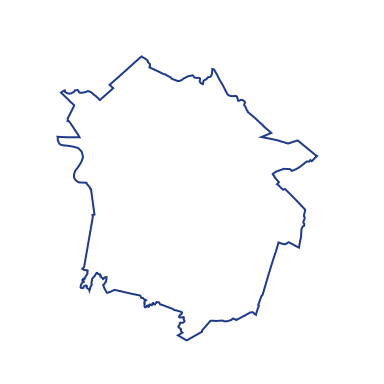 Gaiseni, Giurgiu, Romania (Robinson projection), rotated 167°
{"feature_id": "2599482B30657181659472", "entity_name": "Gaiseni", "entity_type": "district", "adm_level": 2, "iso_a3": "ROU", "parent_name": "Romania", "parent_adm1": "Giurgiu", "projection": "robinson", "projection_center": [25.635, 44.506], "detail": "fine", "context": "isolated", "style": "outline", "palette": "blue", "viewbox_px": 384, "rotation_deg": 167, "n_neighbors": 0, "source": "geoboundaries", "source_scale": "gbopen_adm2", "svg_char_len": 5985}
<svg xmlns="http://www.w3.org/2000/svg" viewBox="0 0 384 384"><g transform="rotate(167 192 192)"><path d="M248.2,315.0L245.4,310.9L261.1,302.3L261.3,302.4L261.9,303.6L263.8,306.7L265.7,308.9L267.8,311.8L268.6,312.6L270.7,313.7L270.9,313.8L272.5,313.4L274.4,313.3L276.8,313.5L278.4,313.8L279.2,314.1L279.6,314.5L279.8,315.3L280.0,316.4L280.4,317.0L282.2,317.3L283.4,317.3L284.0,316.3L284.9,316.0L287.7,315.3L288.9,315.3L291.0,316.1L293.1,317.9L293.3,318.4L292.9,319.4L293.2,319.7L294.8,319.3L297.3,318.3L291.5,309.5L290.4,307.4L288.6,305.1L288.0,304.0L287.5,303.4L287.3,303.0L287.4,302.6L296.3,291.9L296.5,291.4L297.3,289.2L296.7,289.1L296.2,288.9L295.3,287.2L294.0,283.9L291.6,277.3L290.1,273.5L289.3,270.6L301.7,273.5L310.5,276.0L310.4,275.5L311.0,273.6L311.0,272.3L310.7,269.9L310.4,268.8L309.6,268.0L308.9,267.4L307.1,266.5L301.8,264.7L296.9,262.6L293.9,260.9L293.1,260.3L292.1,259.1L290.9,257.0L290.4,255.6L290.3,251.3L290.7,249.8L292.9,246.5L294.4,244.8L297.7,241.6L300.1,239.7L301.2,238.5L302.2,237.1L303.0,235.5L303.3,234.5L303.6,233.0L303.4,231.5L303.1,230.5L301.9,228.7L301.3,227.9L300.6,227.3L299.9,226.8L292.8,224.7L292.8,223.9L290.6,219.6L290.2,217.4L289.8,217.4L292.1,192.0L294.2,192.0L294.2,190.1L314.0,143.2L316.2,141.7L314.9,140.5L314.1,140.1L312.6,139.6L311.4,139.0L311.3,138.7L311.8,138.3L312.3,135.7L313.5,134.7L314.3,133.9L314.7,133.3L315.7,132.7L315.9,131.9L316.0,131.6L316.5,131.4L316.8,131.6L316.8,131.8L317.5,131.9L318.5,131.2L318.7,130.5L318.0,130.3L317.7,129.9L317.5,129.0L317.6,128.7L319.0,128.4L319.8,127.9L320.8,126.9L322.0,124.5L322.0,124.0L321.1,123.1L320.5,123.0L319.8,123.0L319.4,123.1L319.3,123.6L318.3,124.5L317.0,124.9L316.2,124.7L315.7,124.3L315.6,123.8L316.2,122.5L314.7,120.7L314.2,120.2L314.1,119.1L313.8,119.7L313.2,120.2L313.0,121.1L312.1,122.6L310.5,124.4L310.6,125.5L308.8,129.8L307.9,130.8L306.9,131.2L306.0,131.9L305.4,132.4L304.8,133.1L303.2,134.6L302.7,134.5L302.9,134.1L302.2,133.8L301.7,133.1L301.0,132.6L300.3,132.5L299.8,132.0L299.8,131.2L300.3,130.8L300.4,130.3L299.3,129.2L298.7,128.3L298.2,127.1L297.6,127.4L297.0,128.0L296.4,128.3L295.6,128.5L294.4,128.3L294.9,126.6L295.7,125.0L295.9,124.0L297.0,123.4L297.6,122.6L298.4,121.9L299.5,121.4L299.4,120.5L299.2,119.7L299.0,117.6L298.7,116.8L298.0,114.2L297.7,113.3L297.4,112.8L296.6,112.8L295.2,113.1L294.1,113.1L289.4,114.1L287.5,113.1L285.5,112.1L283.9,111.5L281.5,110.2L281.1,110.0L273.5,106.3L266.4,103.1L265.8,102.7L265.5,102.1L265.4,100.6L265.1,100.1L264.1,99.9L263.5,99.6L262.7,98.0L261.7,97.5L261.3,97.2L261.1,96.9L262.6,96.4L263.5,94.6L263.5,94.2L263.1,94.1L263.2,93.6L263.6,92.9L263.9,92.0L264.0,91.2L263.8,90.3L263.3,90.1L262.6,90.3L261.6,90.8L261.5,91.2L261.0,91.3L260.8,90.9L260.7,90.3L260.2,89.9L259.8,89.9L259.6,90.1L259.9,91.0L259.2,91.4L258.9,91.8L258.3,91.9L257.1,90.9L256.6,90.7L256.2,90.9L255.9,91.3L255.7,92.3L255.1,92.6L254.8,92.5L254.3,91.3L253.5,90.7L253.3,90.8L253.1,91.3L252.1,92.0L251.6,92.6L251.2,92.8L250.8,92.7L250.0,92.0L248.9,91.8L248.3,89.6L246.8,88.9L237.4,82.6L236.8,82.2L236.0,81.0L233.8,80.1L229.4,77.6L229.0,77.2L228.9,76.8L229.2,76.1L229.5,75.7L231.8,74.5L232.3,74.0L232.7,73.4L232.6,72.9L232.3,72.6L229.6,72.0L228.6,72.1L228.2,71.8L228.2,71.2L228.8,69.9L228.8,69.4L228.2,68.5L228.4,67.8L229.2,67.1L229.9,66.8L230.7,66.7L231.6,66.9L232.3,67.2L232.9,67.3L233.4,67.1L233.8,65.5L234.5,64.8L235.1,64.6L235.6,63.7L235.6,63.3L233.8,61.2L233.6,60.5L234.0,59.7L234.0,58.9L233.4,57.5L233.0,57.1L237.9,55.5L230.6,48.6L213.7,53.6L213.5,54.4L212.8,55.2L203.1,62.3L201.4,62.1L198.8,61.3L196.9,60.8L191.9,60.0L190.8,59.7L190.0,58.9L188.2,58.4L185.9,58.1L183.5,58.5L183.0,58.3L182.1,58.6L181.2,59.3L180.4,59.5L178.4,57.9L177.9,58.0L177.5,57.3L163.2,61.2L162.7,61.5L160.4,61.4L159.1,60.4L158.8,59.4L157.3,58.0L156.8,59.2L152.4,66.3L152.9,66.9L147.8,75.0L146.8,75.5L146.0,76.5L135.3,95.6L127.8,108.4L123.8,114.9L119.0,123.4L115.9,121.3L112.9,120.1L109.2,121.3L108.3,120.7L103.5,116.4L100.3,113.7L97.7,119.9L96.0,123.3L93.6,131.4L92.0,133.4L91.3,133.7L90.4,133.8L89.7,135.7L90.2,136.6L90.4,137.5L90.3,137.8L88.2,140.8L88.0,142.1L88.2,143.2L88.4,143.4L87.7,145.1L85.8,148.8L85.7,149.3L91.3,158.8L97.1,168.4L99.8,172.6L100.6,174.0L102.5,173.7L102.9,173.8L106.7,179.9L106.9,180.2L107.3,180.5L105.1,182.0L108.3,187.9L108.1,188.4L108.1,188.6L109.4,191.1L109.4,191.3L106.8,192.5L105.7,192.9L97.4,193.9L91.5,192.3L91.2,192.0L89.9,190.1L89.2,190.2L85.1,190.9L81.8,192.0L79.5,193.0L73.6,195.8L72.7,195.8L71.3,195.3L70.7,195.5L69.7,196.1L69.5,196.4L68.7,195.4L68.4,195.1L65.7,196.7L64.5,197.6L63.3,198.3L62.6,198.5L62.0,199.0L63.2,200.0L77.3,218.3L78.6,218.4L87.5,217.6L97.4,223.3L104.0,226.4L112.0,229.9L101.5,231.7L103.5,234.6L107.2,239.5L107.1,239.8L107.6,240.2L107.7,240.8L109.2,242.9L109.8,243.7L114.1,250.1L119.7,257.5L119.6,258.5L120.2,259.3L120.5,261.6L120.8,262.6L121.0,263.7L121.6,264.8L121.5,265.1L121.3,265.7L120.4,267.0L120.2,267.4L120.5,268.4L121.3,269.6L122.4,270.4L123.4,270.8L125.0,270.4L125.8,270.3L126.4,270.5L126.6,271.0L126.5,272.9L126.9,274.0L126.8,275.0L127.1,275.3L128.2,275.8L131.1,276.3L132.7,276.8L134.5,278.0L135.2,278.9L136.1,281.3L137.7,288.2L140.1,295.9L141.2,300.6L142.6,305.0L142.9,306.3L143.6,306.9L144.5,307.3L146.1,302.4L147.4,300.7L147.9,300.3L148.5,300.1L150.7,300.2L151.5,299.4L152.8,298.6L154.2,298.4L155.5,297.8L156.0,297.2L156.6,295.8L156.9,294.8L157.2,294.6L159.1,296.3L159.6,297.9L159.5,298.6L158.7,300.1L158.6,300.6L158.8,301.0L159.6,301.7L161.5,302.0L163.5,302.8L163.9,303.1L164.2,303.6L164.8,305.2L165.2,305.5L169.3,305.7L170.0,305.6L174.0,304.6L175.3,304.2L176.3,303.6L179.2,303.0L179.9,303.1L181.1,303.5L185.7,306.5L186.5,307.3L187.0,308.2L187.1,308.6L190.0,311.0L191.9,312.9L193.2,313.3L194.6,314.5L196.2,315.7L196.1,315.8L205.3,322.9L205.4,323.2L204.5,324.1L204.5,325.1L204.3,326.0L204.4,326.5L204.8,327.0L205.7,328.4L205.8,328.9L205.6,329.5L205.7,330.0L205.9,330.6L206.2,330.9L208.7,333.5L209.8,334.4L210.3,335.0L210.5,335.4L213.5,334.0L237.3,320.8L248.2,315.0Z" fill="none" stroke="#1e3a8a" stroke-width="2"/></g></svg>